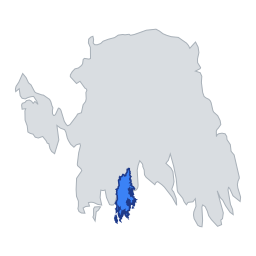 Conamara North Lea-4, Galway, Ireland shown in context, rotated 270°
{"feature_id": "5873133B12097804140145", "entity_name": "Conamara North Lea-4", "entity_type": "district", "adm_level": 2, "iso_a3": "IRL", "parent_name": "Ireland", "parent_adm1": "Galway", "projection": "natural_earth1", "projection_center": [-9.915, 53.454], "detail": "fine", "context": "in_parent", "style": "filled", "palette": "blue", "viewbox_px": 256, "rotation_deg": 270, "n_neighbors": 0, "source": "geoboundaries", "source_scale": "gbopen_adm2", "svg_char_len": 8754}
<svg xmlns="http://www.w3.org/2000/svg" viewBox="0 0 256 256"><g transform="rotate(270 128 128)"><path d="M171.1,31.0L164.1,34.7L163.1,36.1L161.1,41.8L160.9,43.4L156.6,49.6L154.1,50.9L150.4,51.9L148.2,52.9L145.6,52.4L142.2,52.5L140.5,53.6L140.6,54.5L141.6,55.5L147.9,58.4L147.6,59.6L145.8,60.9L134.6,64.3L131.3,66.4L130.2,67.7L131.4,70.0L140.4,76.8L141.9,77.5L143.3,81.4L151.2,83.1L154.5,85.6L157.3,86.2L163.4,85.9L165.8,86.9L167.2,86.2L167.9,84.9L174.7,80.0L172.5,76.5L179.3,70.3L181.2,70.4L184.4,72.3L187.1,74.9L188.0,78.4L190.5,81.5L192.2,82.6L196.5,83.2L197.6,84.4L196.9,89.0L197.5,90.5L208.6,90.4L213.1,88.4L216.9,88.7L218.9,90.8L219.7,92.9L216.4,93.6L213.0,93.2L211.3,94.6L211.2,97.2L212.5,100.7L214.8,103.1L216.8,108.5L218.4,114.6L220.9,118.3L221.5,122.8L221.2,125.0L221.7,129.1L220.7,130.5L221.5,134.3L225.8,146.4L226.8,156.0L224.9,159.5L222.3,162.9L220.6,166.9L219.3,171.3L218.6,178.3L212.9,186.5L210.5,188.5L207.7,189.8L214.0,195.5L208.9,198.1L203.4,198.9L197.1,197.5L193.3,197.6L188.4,200.6L187.3,200.1L184.9,195.4L183.3,200.2L179.7,201.8L173.6,201.4L163.4,202.7L159.5,204.1L157.9,206.3L156.7,208.8L155.1,210.3L153.3,211.1L145.4,212.9L143.9,213.7L140.3,217.7L135.5,220.1L131.5,220.8L128.0,218.4L126.5,217.0L124.9,216.3L119.4,216.4L121.2,217.1L122.3,218.8L122.8,222.0L122.2,225.1L119.6,226.7L116.4,227.0L111.4,230.3L104.7,231.1L101.1,234.1L79.1,239.2L77.8,239.3L74.8,238.0L71.5,237.4L68.2,237.8L58.9,240.6L54.5,240.1L60.2,233.0L67.8,229.5L68.6,228.5L66.1,228.0L51.5,230.5L46.5,232.6L41.4,233.2L43.8,230.0L50.3,225.6L55.9,222.7L58.4,220.2L65.2,217.2L43.1,223.3L37.3,222.5L35.9,220.8L31.4,221.6L29.7,217.6L36.4,211.4L40.3,208.7L44.9,207.3L49.4,205.2L51.1,202.7L49.0,201.9L35.6,202.6L29.2,202.0L29.5,200.0L30.7,197.8L37.4,194.1L41.0,193.5L44.1,193.8L49.8,196.0L57.3,195.3L54.2,192.9L53.6,188.0L51.2,186.4L54.3,184.1L57.8,182.7L63.6,178.0L65.7,177.3L77.3,176.2L89.8,173.7L102.1,170.3L95.8,168.4L92.7,165.9L87.9,171.0L84.4,172.9L74.4,174.0L71.3,173.4L66.9,171.8L65.5,172.4L64.2,173.6L57.7,176.1L50.7,176.7L58.8,172.2L68.9,164.4L71.2,162.0L74.4,157.7L73.4,155.9L71.3,154.8L78.7,146.1L81.2,144.5L86.0,144.2L89.4,142.8L90.9,142.8L92.3,142.3L95.3,139.7L90.6,138.1L85.8,137.2L70.9,138.1L68.9,137.9L67.1,137.1L65.9,136.0L65.0,133.0L63.9,132.3L60.5,132.3L57.2,133.2L54.9,133.1L52.6,131.9L56.2,128.8L51.5,128.1L46.8,128.7L42.9,127.8L42.7,125.9L44.5,124.0L42.2,122.2L41.7,119.9L44.2,118.8L46.9,119.2L52.5,117.5L59.6,116.7L53.5,115.0L51.1,113.6L50.9,111.5L51.4,109.6L58.5,106.5L66.0,105.1L65.4,103.0L65.9,100.8L58.4,100.1L50.9,101.7L51.7,97.5L53.5,93.6L53.8,91.1L53.4,88.4L49.9,89.5L49.5,85.7L48.0,83.1L42.8,84.9L43.0,81.4L44.5,79.0L47.2,77.9L49.9,78.4L54.9,78.4L59.7,76.5L66.6,76.1L77.7,76.6L85.3,81.8L87.3,80.9L90.3,77.6L91.8,77.3L103.2,78.7L110.4,80.5L112.3,79.9L111.2,76.4L108.8,73.9L111.8,70.6L115.5,68.4L118.0,67.3L123.8,65.9L126.3,64.6L127.9,60.4L130.6,56.9L116.1,58.8L102.3,54.6L104.5,51.7L107.4,50.0L112.4,48.8L112.8,47.3L115.4,46.0L119.5,42.7L118.0,38.3L118.8,35.2L121.8,33.1L122.7,30.1L124.0,27.9L130.1,27.2L135.9,25.1L145.0,24.9L147.3,25.7L146.8,22.1L151.0,21.6L152.7,22.3L153.5,24.9L155.4,26.5L156.0,29.3L154.8,31.5L152.6,33.2L154.6,34.9L151.6,38.0L154.9,36.7L159.6,33.6L159.3,31.1L158.5,28.0L157.1,25.2L157.7,22.1L160.3,20.2L167.3,19.2L164.4,15.7L166.9,15.4L169.7,16.1L173.8,18.8L182.5,22.7L178.3,26.1L173.2,28.5L171.1,31.0ZM49.3,98.9L49.1,100.5L45.8,98.4L44.2,96.2L35.0,95.1L38.9,92.9L40.7,93.6L47.2,93.6L49.0,94.6L49.3,98.9Z" fill="#d9dde1" stroke="#a8b0b8" stroke-width="1"/><path d="M81.4,123.9L81.5,122.8L79.5,121.9L79.0,120.4L79.2,120.0L78.2,120.1L78.4,119.5L78.1,119.5L77.6,120.3L76.8,120.4L76.1,120.0L76.5,119.1L75.8,118.5L70.4,119.1L69.0,118.2L67.5,118.1L66.6,116.2L65.7,117.0L64.5,116.6L62.9,116.9L61.9,116.2L60.7,117.2L56.7,117.4L52.8,115.5L52.4,115.5L53.8,116.2L53.8,116.4L51.6,116.1L51.3,116.4L51.9,116.6L50.0,117.1L47.1,116.3L44.8,116.4L45.0,117.3L45.9,118.2L48.7,118.6L47.0,119.5L47.9,119.3L49.1,119.7L47.9,119.5L47.4,119.9L47.8,120.1L46.9,120.2L46.0,119.3L46.5,118.9L42.0,118.3L41.2,118.5L42.7,119.6L40.1,118.9L39.9,119.3L40.1,119.7L39.1,119.2L37.9,120.2L40.4,120.3L40.9,121.4L45.0,122.1L44.2,122.6L41.9,121.6L40.8,121.6L42.3,122.1L40.7,121.9L42.1,123.0L44.8,123.7L46.0,123.5L44.9,123.9L46.0,124.2L46.2,124.7L43.2,123.4L42.5,123.9L43.4,124.3L42.9,124.6L45.4,125.1L44.4,125.1L44.2,126.1L43.6,126.3L43.2,125.8L42.9,125.8L43.4,126.3L43.0,126.4L42.6,125.6L40.9,125.3L40.7,126.1L40.1,126.1L38.7,128.0L40.1,127.3L41.6,128.5L42.0,127.7L43.1,127.7L43.1,128.1L43.9,127.2L45.4,128.0L45.6,129.4L48.4,129.5L48.6,129.8L48.0,130.0L48.9,130.4L49.2,130.2L48.7,130.1L49.0,129.7L50.7,129.3L50.6,128.2L51.4,127.2L52.1,127.0L51.6,127.3L52.2,127.7L53.5,126.8L53.3,126.8L52.8,126.4L54.3,126.8L54.8,127.1L53.8,126.9L53.4,127.2L53.8,127.4L53.2,127.3L53.3,127.7L52.1,127.8L52.3,128.9L53.1,129.2L53.2,128.5L53.6,128.3L53.5,128.9L53.9,128.8L54.0,128.2L55.5,127.4L56.1,127.7L55.0,128.2L56.7,128.1L55.9,128.9L56.9,129.1L55.7,129.3L55.1,130.1L54.5,129.7L52.0,130.4L51.9,130.8L52.2,130.8L51.8,131.3L52.5,131.0L52.6,131.3L51.2,132.9L52.8,133.6L53.1,132.5L53.5,133.2L54.3,132.9L54.9,133.8L55.3,133.7L55.0,133.1L55.3,133.0L55.4,133.8L56.9,134.2L56.8,134.6L57.2,134.8L57.2,134.2L59.1,133.8L59.0,132.9L60.1,132.4L59.9,131.9L60.7,131.1L60.0,131.1L59.9,130.9L62.0,130.3L62.5,129.1L63.5,129.2L62.9,130.2L63.7,129.7L64.0,130.0L63.4,130.0L63.8,130.8L62.9,131.2L64.0,131.6L62.0,132.0L63.9,132.6L65.3,132.1L64.4,131.6L64.9,131.4L65.1,130.4L64.4,129.7L66.1,129.8L66.0,129.5L66.1,129.4L65.5,129.3L66.7,128.5L67.6,128.3L66.7,128.5L67.3,129.0L66.4,128.9L66.1,129.5L66.6,129.3L67.3,129.6L67.5,129.9L66.2,129.8L65.2,130.1L65.1,130.6L65.8,131.3L66.0,130.8L66.0,131.7L66.3,131.4L67.4,131.8L66.6,132.7L67.3,133.1L66.9,134.4L67.2,134.6L69.0,133.5L70.0,131.8L70.8,131.7L70.9,130.7L72.1,131.6L73.2,130.8L73.3,130.0L74.4,131.0L75.0,131.0L76.2,130.7L76.2,129.9L77.2,129.7L77.6,130.2L79.2,130.4L79.4,130.9L81.1,129.6L82.8,130.2L83.2,129.7L84.6,130.0L85.2,129.3L87.4,129.3L87.5,128.4L86.7,128.0L86.6,127.2L83.8,127.1L82.4,126.0L80.4,125.7L80.1,124.5L81.4,123.9ZM37.7,115.4L36.9,115.1L36.5,115.8L35.9,115.2L35.3,115.6L38.3,116.6L39.1,115.9L38.5,115.7L38.9,115.1L37.9,114.8L37.7,115.4ZM52.1,128.9L51.2,128.4L51.7,128.2L51.6,127.6L51.1,127.7L51.1,128.4L51.4,129.0L51.2,129.1L51.2,129.8L52.0,129.7L51.4,129.0L52.1,128.9ZM33.4,116.8L35.2,116.5L34.0,115.9L33.4,116.8ZM53.8,133.7L52.7,134.0L53.7,134.3L53.7,134.8L54.3,135.0L53.8,133.7ZM40.3,121.2L39.6,120.5L38.8,120.7L39.5,121.4L40.3,121.2ZM62.3,133.2L61.3,133.0L61.2,133.3L61.4,133.5L62.3,133.2ZM56.0,134.4L55.3,134.4L55.0,135.0L56.0,134.4ZM40.8,122.7L39.8,122.8L40.9,122.8L40.8,122.7ZM48.1,132.6L48.2,133.1L48.6,132.7L48.1,132.6ZM40.1,122.4L40.1,121.9L39.8,122.3L40.1,122.4ZM50.4,129.9L50.1,130.5L50.5,130.2L50.4,129.9ZM65.7,131.7L65.2,131.7L65.4,132.1L65.7,131.7ZM52.0,134.5L52.4,134.2L51.7,134.4L52.0,134.5ZM35.8,120.0L35.4,119.9L35.1,120.3L35.8,120.0ZM62.6,131.1L62.1,131.4L62.8,131.2L62.6,131.1ZM37.4,121.2L36.7,121.4L37.6,121.4L37.4,121.2ZM39.0,116.2L39.3,116.4L39.9,116.2L39.7,116.1L39.0,116.2ZM62.1,131.4L61.7,131.2L61.5,131.3L61.6,131.5L62.1,131.4ZM54.1,133.5L54.5,133.9L54.6,133.7L54.1,133.5ZM40.5,115.4L41.2,115.3L40.4,115.4L40.5,115.4ZM47.3,115.8L47.0,115.5L46.7,115.4L47.3,115.8ZM65.3,131.5L65.4,131.2L65.0,131.2L65.3,131.5ZM50.4,134.1L50.7,133.9L50.3,133.9L50.4,134.1ZM45.2,118.4L44.8,118.1L44.8,118.3L45.2,118.4ZM51.4,131.2L51.1,131.4L51.5,131.3L51.4,131.2ZM56.3,136.0L56.4,135.7L56.2,135.8L56.3,136.0ZM36.6,128.7L36.3,128.5L36.6,128.7ZM54.7,128.7L54.9,128.9L55.0,128.7L54.7,128.7ZM47.4,119.1L47.5,118.9L47.1,118.9L47.4,119.1ZM43.9,116.5L44.2,116.4L43.8,116.4L43.9,116.5ZM35.2,117.3L35.0,117.1L35.0,117.3L35.2,117.3ZM37.4,116.4L37.3,116.5L37.5,116.5L37.4,116.4ZM36.7,120.0L36.4,119.9L36.4,120.0L36.7,120.0ZM39.2,126.6L38.9,126.7L39.2,126.6ZM39.7,126.1L40.1,126.0L40.0,125.9L39.9,125.9L39.7,126.1ZM55.8,128.6L55.5,128.8L55.8,128.6ZM54.9,135.7L55.0,135.9L55.0,135.7L54.9,135.7ZM44.9,128.4L45.1,128.7L44.9,128.4ZM41.3,128.7L41.5,128.8L41.4,128.7L41.3,128.7ZM52.2,115.3L52.6,115.4L52.8,115.3L52.6,115.3L52.2,115.3ZM62.6,130.7L62.4,130.8L62.4,131.0L62.6,130.7ZM61.8,131.0L61.6,131.1L61.8,131.2L61.8,131.0ZM40.7,128.3L40.9,128.5L40.9,128.3L40.7,128.3ZM37.8,128.4L37.6,128.6L37.9,128.4L37.8,128.4ZM39.3,126.4L39.1,126.3L39.3,126.4ZM46.2,116.0L46.4,116.0L46.1,116.0L46.2,116.0ZM55.5,129.0L55.3,129.1L55.5,129.0ZM38.4,128.1L38.7,128.1L38.4,128.1ZM51.6,130.2L51.7,130.4L51.8,130.3L51.6,130.2ZM61.2,132.8L61.3,132.6L61.1,132.7L61.2,132.8ZM51.8,131.5L52.0,131.6L51.8,131.5ZM53.7,133.4L53.8,133.6L54.0,133.4L53.7,133.4ZM47.4,115.9L47.6,115.9L47.4,115.9L47.4,115.9ZM55.0,129.1L54.9,129.0L55.0,129.1ZM61.0,132.5L60.8,132.6L61.0,132.6L61.0,132.5ZM39.8,126.0L39.6,126.0L39.8,126.0Z" fill="#3b82f6" stroke="#1e3a8a" stroke-width="1.5"/></g></svg>